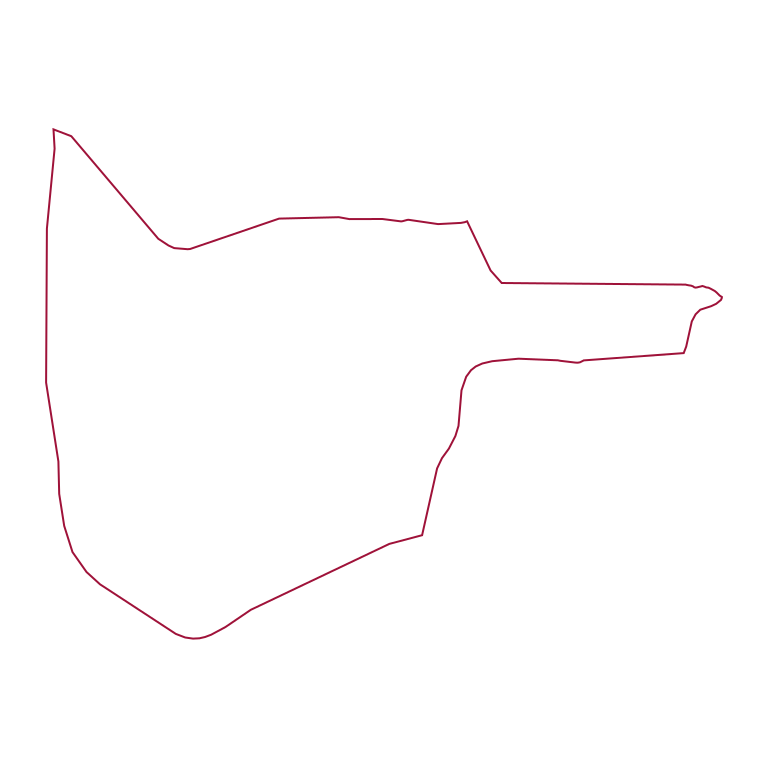 map outline of Northern Bahr el Ghazal (Mercator projection)
{"feature_id": "SDS-147", "entity_name": "Northern Bahr el Ghazal", "entity_type": "State", "adm_level": 1, "iso_a3": "SSD", "parent_name": "South Sudan", "parent_adm1": "", "projection": "mercator", "projection_center": [27.804, 8.898], "detail": "fine", "context": "isolated", "style": "outline", "palette": "rose", "viewbox_px": 768, "rotation_deg": 0, "n_neighbors": 0, "source": "natural_earth", "source_scale": "10m", "svg_char_len": 1209}
<svg xmlns="http://www.w3.org/2000/svg" viewBox="0 0 768 768"><path d="M467.1,221.3L490.6,270.5L501.7,283.0L593.7,283.8L685.7,284.6L686.0,284.7L686.2,284.8L689.2,285.4L690.9,285.6L692.9,286.3L694.3,287.3L695.6,287.6L697.0,287.4L698.9,286.9L700.7,286.5L702.4,286.0L704.3,286.6L706.2,287.4L708.5,287.7L710.6,288.7L714.8,291.0L716.6,292.5L719.7,295.6L721.9,297.0L721.8,298.0L721.0,299.9L716.2,303.8L711.1,306.2L700.3,309.7L695.6,314.3L691.8,321.4L686.2,346.6L683.7,353.1L583.7,360.4L583.2,360.7L580.0,362.3L577.7,362.7L575.5,362.6L560.3,360.8L557.9,360.3L518.5,358.7L492.2,361.2L482.3,363.5L475.7,366.5L471.0,370.2L466.2,376.7L461.5,390.3L458.5,425.9L455.4,436.0L448.9,448.6L442.0,458.1L437.1,468.4L422.1,535.2L389.3,543.9L250.8,609.8L225.5,627.0L211.2,634.7L205.1,637.0L199.4,638.3L193.0,638.6L185.2,637.5L175.8,633.9L100.0,584.3L86.5,572.0L72.5,552.1L64.2,525.9L59.2,493.9L58.4,461.5L46.1,382.6L46.9,228.6L54.6,148.7L53.5,129.4L71.3,136.2L114.8,187.5L158.3,238.8L168.5,245.5L174.2,248.1L187.6,249.2L190.1,249.0L279.1,218.6L338.8,217.2L349.4,219.1L382.4,219.0L401.1,221.4L402.5,221.2L407.3,219.9L408.6,219.8L438.1,224.1L460.9,222.9L464.7,222.2L467.1,221.3Z" fill="none" stroke="#9f1239" stroke-width="2"/></svg>